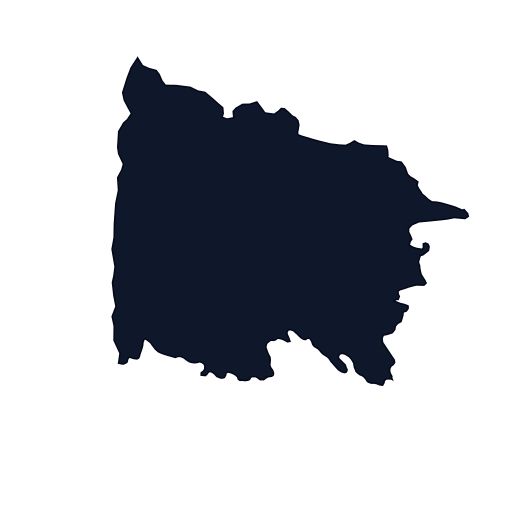 outline of Grodno, Grodno, Belarus, rotated 21°
{"feature_id": "67162791B13547290723272", "entity_name": "Grodno", "entity_type": "district", "adm_level": 2, "iso_a3": "BLR", "parent_name": "Belarus", "parent_adm1": "Grodno", "projection": "natural_earth1", "projection_center": [24.107, 53.67], "detail": "fine", "context": "isolated", "style": "filled", "palette": "ink", "viewbox_px": 512, "rotation_deg": 21, "n_neighbors": 0, "source": "geoboundaries", "source_scale": "gbopen_adm2", "svg_char_len": 4494}
<svg xmlns="http://www.w3.org/2000/svg" viewBox="0 0 512 512"><g transform="rotate(21 256 256)"><path d="M433.6,138.1L432.3,139.3L429.7,139.2L424.6,139.0L419.7,139.3L413.7,139.8L409.7,140.2L405.3,141.0L400.7,142.5L396.2,141.4L392.0,139.7L388.9,138.7L386.5,136.8L383.4,134.7L381.0,132.3L380.5,128.8L376.1,127.6L371.2,126.8L368.1,125.3L365.9,122.8L363.5,119.9L357.9,116.3L353.5,117.4L347.5,117.1L343.5,116.9L343.1,114.8L340.9,110.1L338.4,106.7L334.0,108.2L328.5,110.2L323.4,111.9L317.2,113.8L311.4,114.1L306.6,113.3L303.7,117.1L300.2,120.6L294.0,122.6L285.3,124.8L273.6,126.3L265.0,127.1L255.4,127.8L251.5,127.8L250.4,125.3L249.9,122.4L249.0,118.3L246.6,114.6L242.8,112.6L239.7,112.4L234.7,110.2L229.8,108.4L226.7,109.2L225.4,112.4L222.3,117.1L213.0,119.3L209.9,117.2L201.6,111.9L195.7,116.6L189.1,119.3L184.3,125.3L182.9,129.2L185.7,134.9L179.8,138.6L174.6,138.6L174.3,134.7L171.8,129.5L166.3,127.6L160.4,125.3L149.7,121.6L142.5,122.9L134.2,122.1L120.3,125.5L110.3,129.2L105.5,126.3L100.7,121.4L96.4,118.6L88.8,119.4L81.8,119.0L74.8,113.7L74.9,114.1L74.4,113.6L72.0,125.1L72.0,135.7L73.0,151.3L77.3,157.8L83.8,163.5L88.7,167.6L87.0,175.0L84.8,179.1L83.2,188.9L88.0,204.1L91.2,209.8L99.3,217.6L99.9,223.8L98.8,232.4L104.1,243.9L106.3,257.1L112.2,276.5L117.0,289.7L119.2,301.2L128.3,316.5L130.5,325.6L131.5,332.2L137.5,343.8L143.4,353.3L143.4,358.2L143.4,364.0L148.8,372.3L153.7,385.6L163.9,395.5L166.1,405.1L166.1,405.3L168.1,405.0L169.5,404.8L170.9,404.4L173.2,402.0L173.6,401.1L173.2,398.2L173.8,395.8L179.1,395.4L181.8,394.7L182.9,393.4L183.1,392.1L182.8,388.9L182.7,385.5L182.6,383.1L182.2,379.9L181.4,377.2L181.3,374.0L182.3,373.0L185.2,373.6L188.7,374.7L191.7,376.7L195.5,379.0L199.2,380.4L203.3,380.6L207.9,380.4L212.1,380.0L217.0,379.6L219.3,377.6L221.7,376.8L225.1,376.9L228.3,377.9L231.6,378.6L234.1,378.4L237.2,377.6L239.3,376.4L241.3,374.9L243.8,374.8L246.2,375.4L247.7,377.1L248.7,379.9L248.2,382.3L246.7,384.6L247.5,386.9L251.6,385.8L252.5,384.2L252.9,382.4L253.7,380.5L256.6,380.1L259.5,380.9L262.6,382.5L266.4,382.6L268.4,382.0L270.0,380.7L270.4,377.9L269.8,376.1L271.6,374.2L275.8,373.9L279.1,374.3L282.1,375.4L283.6,377.3L285.4,377.9L288.0,376.8L290.3,376.3L293.0,374.8L294.2,373.6L294.4,371.5L295.1,370.2L299.1,368.7L301.4,369.1L304.1,370.0L307.5,368.7L308.6,366.8L310.5,364.4L313.8,362.6L314.8,360.9L314.3,359.0L312.5,356.8L309.6,354.9L308.0,353.0L307.3,350.5L306.4,347.6L305.3,345.5L302.6,343.2L301.1,341.6L299.0,339.1L297.7,337.4L297.3,333.7L298.9,330.8L300.1,329.2L302.8,328.4L304.4,327.1L305.6,324.8L309.6,324.2L311.3,324.2L316.2,324.8L318.3,323.5L315.8,320.6L313.1,317.9L312.2,316.1L312.6,313.3L315.2,312.3L318.0,312.3L320.0,313.2L322.4,314.0L324.5,315.0L326.3,315.8L328.6,316.5L330.5,316.6L332.1,316.3L333.2,314.8L334.8,313.7L336.5,314.0L339.0,316.1L340.2,317.7L341.5,318.8L342.9,319.5L344.4,319.8L347.3,320.3L349.8,321.5L351.4,322.5L353.0,323.2L354.7,323.7L357.3,324.2L359.0,324.6L361.0,325.5L362.5,326.6L364.3,327.9L366.2,328.7L368.1,329.8L371.2,331.4L373.6,332.6L377.0,333.4L380.3,333.2L381.9,332.0L381.9,329.7L380.0,327.8L378.3,325.7L375.0,324.3L373.8,323.7L370.9,322.5L369.5,321.7L368.9,319.6L369.3,317.6L370.8,316.3L372.5,315.8L374.9,315.7L379.2,316.6L381.5,317.7L383.7,319.3L385.7,321.0L386.5,322.4L387.0,323.3L387.9,324.8L389.0,325.8L390.8,327.9L392.8,328.8L395.6,329.6L398.4,329.6L400.7,330.4L402.7,331.5L405.0,333.2L406.7,333.5L409.1,333.4L411.6,332.4L414.2,331.9L417.6,331.9L420.5,331.3L420.9,328.4L420.5,326.6L421.3,324.6L422.2,323.8L426.3,322.3L427.5,322.5L426.1,320.8L426.0,319.7L423.6,317.7L422.0,315.7L421.2,312.8L421.6,310.2L423.0,308.3L423.6,305.8L422.3,303.5L418.1,300.6L410.5,295.2L405.1,291.3L403.2,287.7L403.2,284.3L406.5,282.2L410.7,278.8L411.9,275.0L411.2,271.7L412.3,268.3L414.9,265.2L414.4,259.0L413.5,255.6L416.1,253.5L416.8,250.3L415.8,248.1L411.9,248.1L407.4,248.7L400.8,248.5L402.2,246.5L404.3,245.6L404.3,242.4L402.2,240.3L401.2,238.0L402.4,236.0L405.9,233.3L409.7,230.1L412.8,227.8L416.0,225.6L423.3,223.0L424.5,220.3L422.4,218.3L419.4,216.1L417.0,214.3L415.2,211.9L413.3,208.8L412.1,206.3L409.8,203.6L409.4,200.1L409.2,196.8L411.5,195.0L413.4,191.8L415.0,189.1L414.3,185.4L412.5,183.4L409.7,183.1L407.8,184.7L409.2,187.9L409.0,190.2L403.1,191.4L399.4,191.6L395.1,190.9L394.7,187.3L395.4,184.5L393.0,181.9L389.7,178.8L388.6,175.3L390.4,170.9L395.8,165.7L406.1,160.6L415.2,156.0L421.3,152.8L427.2,149.1L431.6,147.8L437.7,146.1L440.0,142.9L438.4,140.6L433.7,138.1L433.6,138.1Z" fill="#0f172a" stroke="#020617" stroke-width="1.5"/></g></svg>